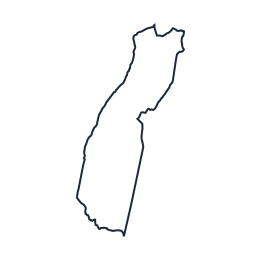 Barva, Heredia, Costa Rica, rotated 192°
{"feature_id": "36466004B93518789602304", "entity_name": "Barva", "entity_type": "district", "adm_level": 2, "iso_a3": "CRI", "parent_name": "Costa Rica", "parent_adm1": "Heredia", "projection": "equal_earth", "projection_center": [-84.115, 10.073], "detail": "fine", "context": "isolated", "style": "outline", "palette": "slate", "viewbox_px": 256, "rotation_deg": 192, "n_neighbors": 0, "source": "geoboundaries", "source_scale": "gbopen_adm2", "svg_char_len": 5749}
<svg xmlns="http://www.w3.org/2000/svg" viewBox="0 0 256 256"><g transform="rotate(192 128 128)"><path d="M163.5,49.2L158.9,45.3L156.9,44.3L155.5,43.8L155.0,43.4L154.9,43.4L153.4,42.1L153.4,41.9L153.1,41.7L152.6,40.6L152.6,40.1L152.5,39.5L152.5,37.8L152.2,36.7L152.1,36.3L151.9,35.9L151.6,35.6L151.6,35.4L151.4,35.4L151.0,35.1L150.9,34.9L150.6,34.8L150.3,34.5L149.6,34.5L149.6,34.3L149.2,34.3L148.6,33.9L147.9,33.0L147.9,32.8L147.6,32.4L147.5,32.2L147.1,31.3L147.0,31.2L146.8,30.6L146.6,30.3L145.5,30.3L145.4,30.2L145.0,30.2L144.6,29.8L143.7,29.8L143.6,30.0L142.2,31.1L141.9,31.3L141.7,31.3L141.4,31.6L141.1,31.6L140.8,30.3L140.8,29.9L140.6,29.4L140.4,28.9L140.0,27.5L139.9,27.3L139.5,26.7L139.3,26.4L138.1,26.4L137.8,26.3L137.3,25.6L137.2,25.4L136.9,25.2L136.2,24.2L135.0,23.2L134.7,23.4L134.1,24.2L133.5,24.6L133.2,24.7L132.5,24.9L132.1,24.9L131.8,25.1L131.5,25.1L131.2,25.3L130.7,25.4L130.4,25.5L128.0,25.5L128.0,25.3L127.8,25.2L127.6,25.0L127.3,24.8L127.1,24.8L126.6,24.5L126.1,24.5L125.3,24.3L123.7,24.3L123.3,24.2L121.5,24.2L121.4,24.2L121.1,24.4L120.7,24.4L120.4,24.6L120.2,24.6L119.2,25.1L118.5,25.2L118.0,25.5L117.0,25.8L115.8,25.8L114.7,26.1L113.3,26.1L112.8,25.9L112.1,25.4L111.9,25.3L111.7,25.0L111.2,24.7L110.1,22.8L109.8,21.8L109.5,21.2L109.0,54.1L109.1,112.6L110.8,116.8L110.8,117.1L111.0,117.3L111.6,118.6L111.8,118.7L112.1,119.5L112.3,119.8L112.6,120.6L113.1,123.1L113.1,123.6L113.2,124.1L113.3,125.6L113.4,126.2L113.5,126.6L113.6,129.1L113.7,130.5L114.1,131.9L114.2,132.5L114.4,133.1L114.4,133.4L114.7,134.6L115.0,135.2L120.7,138.9L119.9,139.7L119.3,141.2L119.1,141.9L119.0,142.6L118.9,142.9L118.9,143.2L118.5,145.4L118.3,145.7L117.8,146.1L117.4,146.4L114.3,146.4L114.2,146.4L113.9,146.8L113.7,147.5L113.1,149.0L112.6,150.3L112.1,151.0L111.5,151.0L110.7,150.6L110.2,150.5L110.1,150.4L109.6,150.7L109.3,151.0L108.6,151.1L108.2,151.1L107.8,150.9L107.1,150.9L106.4,151.6L105.9,152.3L105.3,153.5L105.1,154.1L104.5,156.3L104.5,156.6L104.4,156.8L104.3,157.3L104.0,158.7L103.7,159.4L103.2,160.4L102.7,161.1L102.4,161.9L102.2,162.0L101.9,163.2L101.5,164.0L101.2,164.2L100.8,165.0L100.5,165.8L100.2,166.4L99.6,167.7L98.8,169.2L98.4,170.6L97.3,173.3L97.2,173.5L97.1,173.8L96.5,175.1L96.3,175.4L96.2,175.9L96.1,176.0L96.0,176.3L95.9,177.5L95.9,178.2L95.7,178.7L95.6,179.1L95.5,179.3L95.4,179.4L94.8,180.6L94.6,180.9L94.2,181.7L94.1,182.2L94.0,182.9L94.1,185.8L95.3,204.2L95.4,210.4L94.8,211.2L94.2,212.3L93.8,212.7L93.4,212.9L93.2,213.4L92.5,213.4L91.8,213.6L90.5,214.5L90.3,214.8L90.0,215.4L89.7,216.6L90.2,216.8L90.6,217.2L91.3,218.1L92.3,220.3L92.5,221.2L92.9,222.1L93.1,222.7L93.5,223.4L93.7,224.4L93.8,224.9L93.9,226.3L94.0,227.0L94.0,227.8L93.9,228.6L93.7,228.9L93.2,229.3L93.1,230.0L93.1,232.4L93.2,233.0L93.2,233.7L93.3,234.1L93.5,234.2L93.7,234.3L94.3,234.3L94.6,234.1L95.0,234.0L95.8,234.6L96.1,234.6L96.4,234.5L96.8,234.5L97.2,234.3L97.5,233.9L98.5,233.5L99.0,233.4L100.0,233.4L100.8,233.6L101.4,234.1L102.0,234.3L102.6,234.4L104.7,235.0L105.0,234.5L105.4,233.7L105.8,232.9L105.8,232.7L106.0,232.5L106.5,231.6L107.0,231.1L107.2,230.6L107.5,230.2L108.3,229.4L109.6,228.7L110.2,228.0L110.5,227.4L110.8,227.1L111.3,226.8L111.6,226.7L112.1,226.0L112.8,225.3L113.4,225.0L113.9,225.0L116.4,225.0L116.8,224.9L119.0,224.5L122.9,231.5L123.5,234.0L123.8,233.5L124.0,233.5L124.0,233.4L124.3,232.7L124.4,232.3L124.7,231.9L126.0,231.4L127.1,230.7L127.4,230.7L128.2,230.2L128.8,230.0L129.0,229.8L129.6,229.5L130.5,228.9L130.9,228.6L131.1,228.5L131.6,228.0L131.8,227.8L132.0,227.6L134.7,225.3L137.7,223.7L138.6,222.6L138.7,222.2L138.8,222.0L138.8,221.8L139.2,221.0L140.2,220.4L141.2,219.6L141.6,218.2L141.5,217.9L141.5,217.1L141.4,216.8L141.3,216.6L141.2,216.2L141.1,215.9L140.9,215.5L140.7,214.9L140.2,214.3L140.2,214.1L139.9,213.3L139.7,213.0L139.4,212.4L139.4,212.2L139.2,212.0L138.8,210.7L138.4,210.2L138.4,209.9L137.9,209.0L137.6,208.1L138.1,205.9L138.3,204.2L138.4,203.3L138.3,203.0L137.7,202.3L137.4,201.3L137.4,200.4L137.3,199.7L137.3,195.7L137.4,195.1L137.5,193.8L137.7,192.5L138.2,191.4L138.8,190.5L138.7,189.4L138.6,188.7L138.6,187.7L138.5,187.3L138.5,186.7L138.6,186.4L138.9,186.3L139.0,184.0L139.1,183.7L139.5,183.6L139.7,183.4L139.9,182.7L140.1,182.2L140.0,179.4L140.2,179.0L140.5,178.5L140.7,177.6L140.7,177.1L140.9,176.0L141.0,174.9L141.5,173.3L141.5,172.8L141.9,171.4L142.2,170.7L144.4,168.1L144.8,167.1L145.1,166.8L145.6,166.1L145.9,165.6L146.5,164.1L146.7,163.8L147.1,163.4L147.3,162.9L147.7,161.8L148.1,160.8L148.5,160.4L149.4,159.9L149.8,158.7L151.4,155.2L151.6,155.0L151.8,154.2L152.0,153.9L152.3,153.1L152.6,152.7L153.2,151.6L153.3,151.1L153.6,150.5L153.6,150.3L153.8,150.2L153.8,149.9L154.0,149.5L154.1,149.4L154.3,148.9L154.6,148.4L154.7,147.5L154.9,146.9L154.9,146.7L155.0,146.6L155.0,146.3L155.2,145.5L155.2,145.3L155.6,144.5L155.9,144.0L156.3,143.0L157.0,142.0L157.0,141.8L157.1,141.7L157.1,141.4L157.3,141.1L157.4,140.3L157.5,139.9L157.6,139.2L157.8,138.6L158.0,138.5L158.2,137.8L158.3,137.5L158.5,136.5L158.7,136.1L158.7,135.7L158.9,135.3L158.9,135.1L159.0,134.9L159.0,134.5L159.1,134.3L159.1,132.6L159.2,132.2L159.2,128.2L159.2,127.7L159.2,125.1L159.3,125.0L159.3,124.3L160.0,122.7L160.9,121.6L161.5,119.8L161.8,118.4L161.9,117.5L162.0,117.0L162.2,116.4L162.2,116.0L162.3,115.7L162.3,113.9L162.4,113.3L162.5,113.0L162.8,112.7L164.0,111.1L164.3,110.5L164.4,109.8L164.6,109.3L165.0,108.7L165.2,108.1L165.2,106.8L165.4,105.7L165.6,103.3L165.8,102.5L166.2,100.7L166.3,100.4L166.0,99.3L166.0,98.3L165.9,97.6L165.9,97.2L166.0,97.0L166.0,95.8L165.8,94.7L165.6,94.4L165.3,93.7L164.8,92.5L164.6,92.1L164.5,91.5L164.5,90.7L164.8,89.7L164.8,89.2L164.5,88.9L164.1,88.7L163.9,88.5L163.8,88.2L164.1,82.7L163.7,59.1L163.7,57.5L163.8,57.1L163.8,52.1L163.5,49.9L163.5,49.2Z" fill="none" stroke="#1e293b" stroke-width="2"/></g></svg>